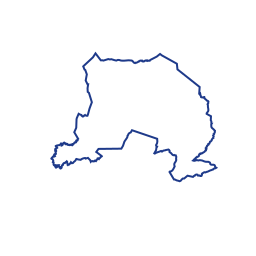 outline of San Mateo Río Hondo, Oaxaca, Mexico, rotated 58°
{"feature_id": "50627088B41033546830678", "entity_name": "San Mateo Río Hondo", "entity_type": "district", "adm_level": 2, "iso_a3": "MEX", "parent_name": "Mexico", "parent_adm1": "Oaxaca", "projection": "equal_earth", "projection_center": [-96.499, 16.1], "detail": "fine", "context": "isolated", "style": "outline", "palette": "blue", "viewbox_px": 256, "rotation_deg": 58, "n_neighbors": 0, "source": "geoboundaries", "source_scale": "gbopen_adm2", "svg_char_len": 5832}
<svg xmlns="http://www.w3.org/2000/svg" viewBox="0 0 256 256"><g transform="rotate(58 128 128)"><path d="M208.5,74.2L207.3,74.7L206.1,74.3L205.3,74.3L204.5,74.9L203.4,76.6L202.9,77.1L202.3,77.3L201.1,76.9L200.6,76.9L199.2,77.8L198.2,79.4L197.7,80.1L196.6,81.1L194.9,82.3L193.6,83.8L193.1,84.6L192.8,85.6L192.0,86.3L191.6,87.1L191.4,87.4L191.2,88.6L190.8,89.4L190.1,90.0L190.0,89.5L190.1,89.3L189.8,88.9L189.6,88.1L189.8,87.5L189.8,86.9L189.3,86.7L189.1,86.2L189.3,85.4L189.0,84.8L189.3,84.5L189.4,83.0L189.2,82.7L188.5,82.2L188.4,81.2L188.0,81.1L188.0,80.5L187.9,80.2L188.5,79.9L188.4,79.1L188.6,78.2L188.8,78.1L188.6,77.3L188.7,76.6L188.7,75.7L188.2,74.5L188.4,74.0L188.2,73.6L187.8,73.3L187.5,73.4L187.3,73.2L187.3,72.5L187.0,72.3L186.2,72.6L186.0,71.8L185.7,71.6L185.6,70.9L185.1,70.1L184.9,70.1L184.8,68.7L184.4,68.7L184.1,68.5L184.3,67.2L183.1,65.7L183.3,65.2L182.9,63.6L182.2,63.1L181.7,61.7L181.7,60.9L181.2,60.8L180.5,59.8L179.5,59.8L178.9,58.4L178.5,58.4L178.5,58.0L177.6,56.6L176.6,55.9L176.5,56.1L175.3,55.9L172.2,56.8L171.2,56.7L169.2,55.6L168.8,54.9L168.7,55.1L166.5,53.8L165.3,53.7L162.0,51.4L157.7,53.8L157.2,53.5L156.2,51.1L155.5,50.4L153.7,49.5L152.8,49.2L150.7,48.0L150.1,48.0L149.7,47.5L149.6,47.1L149.4,46.7L148.9,46.5L148.2,45.8L147.4,45.9L146.6,46.6L146.1,46.6L143.2,47.5L142.8,47.1L142.2,46.9L142.0,47.3L141.5,48.8L140.9,49.4L140.4,49.4L140.3,49.6L138.8,49.1L138.3,49.3L137.8,49.2L137.5,48.7L137.2,48.6L137.4,49.4L136.7,49.5L131.2,45.5L104.5,55.0L99.4,52.5L84.4,60.8L82.2,61.6L82.7,65.8L82.1,73.0L82.3,73.9L82.4,74.0L81.7,75.0L81.6,75.7L80.8,75.9L80.7,76.8L80.2,76.9L79.9,77.9L80.0,78.6L80.0,78.9L79.8,79.0L79.9,79.4L79.7,79.8L79.2,80.4L78.9,80.6L78.3,80.4L77.3,82.0L77.5,83.2L77.1,83.7L77.3,84.3L77.3,84.7L77.1,86.3L76.6,87.0L76.7,87.6L75.8,88.3L73.8,88.7L73.4,88.7L73.3,88.9L72.6,89.3L70.9,91.6L68.7,95.9L67.2,98.1L65.7,99.4L64.9,100.5L64.6,102.2L63.2,103.6L60.8,105.7L60.3,107.0L59.1,108.2L57.8,113.1L57.1,113.7L56.2,115.2L47.5,116.0L49.5,120.3L52.0,133.3L55.4,133.9L56.2,133.5L60.7,134.5L65.3,138.7L69.7,139.2L69.9,138.7L72.8,141.2L76.0,143.0L77.5,142.5L87.0,145.0L91.1,150.3L95.2,154.7L96.1,155.9L95.6,156.7L95.3,156.9L94.6,157.6L94.2,157.6L94.2,158.7L94.5,159.3L94.4,160.2L93.9,160.5L93.5,160.5L93.0,160.8L92.3,160.6L91.1,161.6L89.8,162.3L92.5,166.2L93.3,167.0L100.4,171.8L103.1,175.8L110.3,176.0L110.5,176.3L110.8,176.2L110.9,176.7L111.5,177.0L111.8,177.3L111.7,177.8L111.2,178.3L111.2,178.6L111.5,178.8L112.1,178.8L112.6,179.7L112.5,180.3L112.0,180.6L112.0,181.1L112.7,182.6L112.5,183.1L112.1,183.7L112.3,184.1L112.8,183.8L113.1,184.0L113.1,184.5L112.8,184.7L112.1,185.0L111.9,185.8L111.6,185.9L111.7,186.4L111.6,186.6L111.2,186.7L110.8,187.6L110.5,187.9L109.4,187.8L109.1,188.2L109.1,189.2L108.8,189.4L108.4,188.9L108.0,189.0L107.6,189.7L107.2,189.6L106.6,189.8L106.5,190.2L106.7,191.2L107.5,192.1L107.8,192.8L107.7,193.4L107.3,193.1L106.6,193.6L106.4,193.3L105.8,192.8L105.6,193.0L106.2,194.5L106.2,195.1L106.1,195.5L105.8,195.9L105.1,197.8L105.0,198.8L105.4,199.0L106.9,198.4L107.3,198.5L107.3,200.9L108.5,201.7L109.0,200.9L109.7,201.3L110.0,202.2L111.7,202.8L111.9,203.5L111.3,204.0L111.3,204.4L111.8,205.2L113.2,205.0L113.2,205.4L113.0,206.1L112.5,206.8L113.2,209.1L113.6,209.2L114.8,208.4L116.4,208.8L117.1,209.8L117.9,209.4L119.0,210.2L119.7,210.5L120.3,210.5L120.8,209.6L121.5,210.1L123.3,210.2L123.5,210.0L123.5,208.7L123.3,208.8L123.1,209.3L122.9,209.4L122.6,208.9L122.1,208.6L121.9,207.9L122.0,207.8L122.6,207.6L122.7,206.6L122.9,206.3L123.4,207.0L124.0,207.1L124.8,206.4L125.4,206.9L125.9,206.5L126.4,206.8L126.6,206.7L126.7,206.2L126.6,205.6L126.4,205.3L126.1,205.0L125.5,204.8L125.2,204.2L124.8,203.9L124.6,203.3L124.9,202.9L124.7,202.5L124.2,202.3L123.8,201.2L123.9,200.5L124.3,200.1L123.9,198.9L124.0,198.3L123.8,197.6L124.4,197.5L125.2,198.0L126.8,198.5L127.3,198.8L127.6,198.7L127.5,197.9L127.8,197.5L127.7,197.1L127.3,196.4L127.6,195.7L126.8,194.5L127.2,194.4L127.5,194.5L127.9,194.5L128.4,193.7L128.5,193.3L128.0,191.7L128.0,191.1L127.7,189.7L127.1,188.8L126.9,188.4L127.0,188.0L127.9,187.3L129.2,185.9L129.5,185.3L129.9,185.0L129.8,183.6L130.0,182.2L130.5,180.7L130.8,180.2L131.5,180.1L132.1,177.8L135.3,177.1L136.6,177.4L136.4,177.0L136.5,176.8L137.1,176.5L137.2,175.7L137.7,175.4L137.9,175.2L138.0,174.7L138.3,174.5L138.4,173.9L138.1,173.6L138.1,173.1L139.1,172.7L138.9,172.1L138.3,171.1L138.1,170.2L137.7,169.9L137.8,169.5L138.4,169.6L139.0,169.2L138.6,168.4L138.5,167.3L138.1,166.7L138.2,165.8L138.1,165.2L137.9,165.2L137.7,165.6L137.5,165.3L131.5,167.6L130.1,164.1L142.0,144.6L140.4,141.6L137.6,138.2L135.8,134.1L135.2,133.2L134.3,132.5L134.0,131.6L133.4,130.9L133.0,129.6L133.2,128.0L132.0,125.8L152.6,109.0L154.9,110.2L156.3,111.4L157.4,113.3L158.5,113.6L158.8,113.6L159.2,113.2L159.6,113.8L159.7,114.3L160.7,115.1L161.7,116.0L163.4,119.1L163.9,118.8L163.9,117.4L164.3,115.4L164.8,113.4L164.8,112.8L165.1,112.0L165.7,111.9L166.0,111.7L165.9,110.1L166.3,109.0L166.6,108.4L166.7,107.7L167.7,105.1L168.4,104.8L169.4,104.8L170.2,105.5L170.5,105.5L172.1,104.8L174.1,104.5L174.8,104.2L175.3,103.7L175.4,103.1L175.9,102.9L176.5,102.0L178.0,102.3L179.8,103.7L180.7,104.0L181.7,105.3L182.2,106.6L183.1,107.9L184.7,108.7L185.2,108.7L185.5,109.1L186.8,111.3L187.5,112.9L187.6,114.1L187.5,114.8L187.2,115.3L187.1,115.7L187.3,116.1L196.0,116.3L196.4,115.6L198.2,114.5L199.3,113.4L200.5,112.4L200.6,111.9L200.6,111.0L200.1,109.7L199.9,108.2L200.6,107.2L200.0,102.8L203.9,98.8L203.8,98.4L203.8,98.0L203.6,97.4L203.8,96.5L203.6,96.3L203.5,95.9L203.6,94.8L204.4,93.8L205.4,93.9L205.7,93.5L206.0,92.7L206.5,92.3L207.0,92.2L207.5,91.4L207.5,90.9L206.7,89.9L206.2,89.8L205.9,89.3L205.9,87.0L206.0,86.6L206.7,85.9L206.9,84.4L207.2,83.8L207.6,80.5L208.0,79.3L208.0,78.4L208.3,77.7L208.2,77.4L208.0,77.1L208.0,76.5L208.5,75.2L208.5,74.2Z" fill="none" stroke="#1e3a8a" stroke-width="2"/></g></svg>